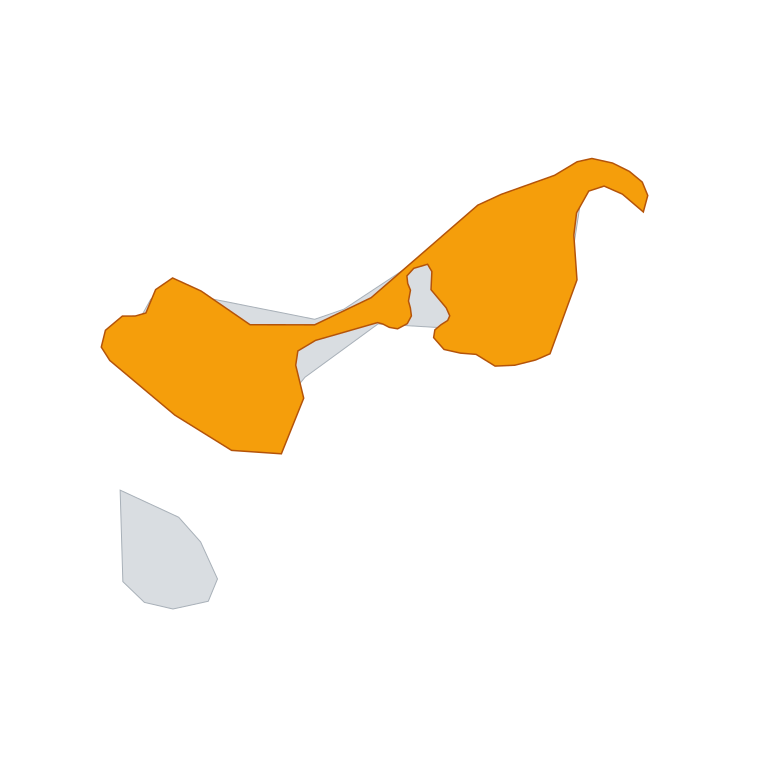 location of Miquelon-Langlade within Saint Pierre and Miquelon, rotated 74°
{"feature_id": "SPM-4867", "entity_name": "Miquelon-Langlade", "entity_type": "Commune", "adm_level": 1, "iso_a3": "SPM", "parent_name": "Saint Pierre and Miquelon", "parent_adm1": "", "projection": "natural_earth1", "projection_center": [-56.329, 46.961], "detail": "fine", "context": "in_parent", "style": "filled", "palette": "amber", "viewbox_px": 768, "rotation_deg": 74, "n_neighbors": 0, "source": "natural_earth", "source_scale": "10m", "svg_char_len": 1285}
<svg xmlns="http://www.w3.org/2000/svg" viewBox="0 0 768 768"><g transform="rotate(74 384 384)"><path d="M383.8,554.7L276.0,622.7L238.1,584.7L247.4,540.3L302.7,432.8L301.0,401.8L235.6,193.7L246.7,159.8L263.1,144.9L358.6,188.9L369.7,245.5L324.6,373.2L355.7,458.1L398.1,519.3L383.8,554.7ZM527.9,674.5L502.0,689.5L413.3,666.9L455.5,618.1L485.3,603.8L525.5,597.8L544.4,612.8L542.1,648.9L527.9,674.5Z" fill="#d9dde1" stroke="#a8b0b8" stroke-width="1"/><path d="M375.5,465.1L422.8,501.9L405.8,548.8L356.3,593.6L285.8,641.1L270.6,645.6L255.6,637.0L246.6,616.8L250.1,604.4L250.1,593.3L230.3,577.5L223.8,558.0L244.2,534.2L290.1,496.4L308.0,434.4L297.5,372.6L237.9,244.5L234.0,219.1L230.4,162.5L223.6,137.1L224.5,122.0L234.6,103.4L247.3,89.5L261.1,80.1L275.5,78.5L290.1,87.3L267.2,102.5L254.4,117.9L255.0,134.0L272.5,151.7L293.2,160.5L337.1,169.8L400.7,216.1L402.7,231.6L402.0,253.1L397.4,272.3L380.9,287.3L375.4,302.0L367.3,316.8L353.1,323.5L346.0,320.2L342.7,312.8L340.5,305.3L336.6,302.0L328.0,303.2L306.3,312.8L289.1,307.0L280.9,309.1L281.0,323.5L286.4,332.2L293.9,333.5L301.1,332.7L311.0,337.6L318.2,337.7L326.1,338.9L332.4,345.0L334.7,355.7L331.0,363.3L325.9,368.7L323.2,373.3L323.2,437.8L328.5,457.7L341.6,463.7L375.5,465.1Z" fill="#f59e0b" stroke="#b45309" stroke-width="1.5"/></g></svg>